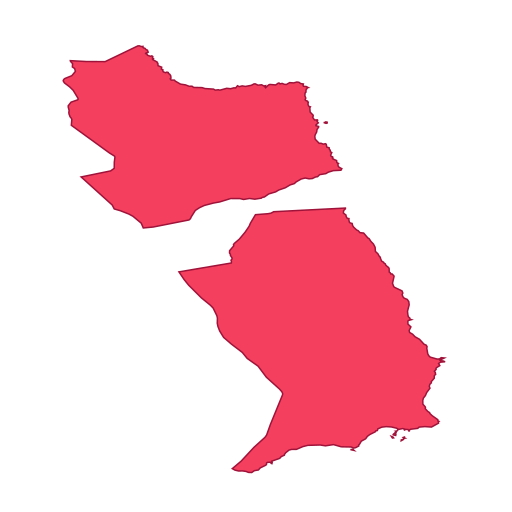 outline of Skagabyggð, Norðurland vestra, Iceland, rotated 177°
{"feature_id": "244011B21592329160761", "entity_name": "Skagabyggð", "entity_type": "district", "adm_level": 2, "iso_a3": "ISL", "parent_name": "Iceland", "parent_adm1": "Norðurland vestra", "projection": "natural_earth1", "projection_center": [-20.226, 65.901], "detail": "fine", "context": "isolated", "style": "filled", "palette": "rose", "viewbox_px": 512, "rotation_deg": 177, "n_neighbors": 0, "source": "geoboundaries", "source_scale": "gbopen_adm2", "svg_char_len": 6006}
<svg xmlns="http://www.w3.org/2000/svg" viewBox="0 0 512 512"><g transform="rotate(177 256 256)"><path d="M290.8,44.9L288.3,43.3L284.6,42.2L280.8,42.1L277.3,41.4L274.9,40.3L271.6,40.0L268.9,41.7L264.8,42.2L262.8,44.2L257.6,46.4L256.5,47.1L256.2,48.9L255.5,49.3L252.2,49.3L251.8,48.2L251.0,47.8L250.6,49.0L251.0,50.3L242.9,52.7L241.2,54.4L238.1,55.6L238.0,56.3L236.6,58.0L233.1,60.5L230.5,61.0L225.7,60.8L219.2,63.2L214.2,64.2L201.8,63.9L196.6,62.8L188.5,63.6L180.9,61.0L171.0,60.3L168.4,59.1L166.5,59.4L163.3,60.9L163.3,62.0L162.5,62.6L160.5,65.6L156.1,67.7L154.2,70.1L151.6,71.8L146.1,74.2L145.7,75.0L143.9,75.4L143.4,77.0L139.3,78.5L134.9,78.8L129.8,78.2L124.7,76.7L123.5,76.0L123.6,75.5L123.2,75.3L118.4,76.0L116.5,75.3L117.0,74.6L116.8,74.4L115.5,75.0L113.3,74.8L112.4,73.2L112.0,73.3L111.8,74.3L110.7,74.9L103.5,75.4L102.1,76.6L96.3,76.8L89.7,76.0L82.5,79.5L82.5,81.0L82.0,81.3L83.0,81.8L83.0,83.0L88.4,87.3L90.6,89.6L90.8,90.5L92.6,91.8L95.0,94.7L94.7,95.8L94.9,96.5L97.1,99.3L97.0,103.1L96.2,105.4L94.1,107.8L92.7,110.7L89.2,114.9L89.8,116.8L89.1,118.8L87.5,120.2L87.6,121.3L84.4,124.6L84.2,127.1L82.7,128.6L83.1,129.4L83.0,130.4L83.9,131.4L83.8,131.8L82.1,133.2L82.3,133.8L81.7,135.0L78.2,136.9L79.3,139.1L77.4,140.3L72.7,140.5L74.9,141.5L76.9,141.5L77.8,142.4L73.3,144.3L76.4,144.8L78.1,143.6L80.5,143.6L87.3,145.9L88.7,147.4L89.6,149.3L90.3,155.1L89.9,156.4L90.6,158.0L92.8,159.1L97.1,164.3L101.5,167.1L103.7,169.7L106.6,171.6L107.0,173.5L105.0,177.1L107.8,180.0L107.8,182.7L107.3,183.6L104.2,184.3L105.5,184.8L105.6,185.9L107.0,187.3L107.4,189.2L107.6,192.9L105.6,199.2L105.8,202.4L107.2,204.7L110.3,206.2L111.4,207.6L112.1,209.9L111.3,211.3L112.0,213.5L119.4,217.5L120.1,218.4L121.1,221.6L119.2,228.4L119.4,229.1L121.1,231.0L122.3,231.0L122.8,232.2L123.8,233.0L123.7,236.4L124.1,237.4L126.8,239.9L127.3,241.4L128.6,242.3L128.9,243.1L130.8,244.3L131.9,247.4L131.9,248.2L133.1,249.6L134.1,251.8L136.5,254.3L136.6,258.5L138.1,261.8L140.5,264.6L142.2,267.5L143.4,268.2L147.3,273.3L151.0,273.9L152.6,275.9L154.1,276.7L156.9,279.6L157.9,281.3L158.3,283.5L160.1,284.0L161.0,284.9L161.4,287.2L161.2,288.5L162.9,288.8L163.9,290.7L164.0,292.2L166.5,294.3L166.1,296.8L164.2,298.5L164.2,299.2L236.0,299.3L238.8,298.0L242.0,297.6L254.4,297.3L259.9,289.0L261.3,286.1L265.6,280.4L271.8,273.7L277.0,269.7L277.9,268.6L277.7,267.3L282.1,262.7L282.3,260.4L281.5,259.1L281.5,257.9L280.0,255.2L280.1,254.3L281.2,253.1L280.8,252.2L281.0,250.3L333.8,244.2L329.0,236.2L324.8,230.4L312.7,217.0L304.1,209.2L301.5,206.2L298.2,198.4L297.8,196.0L298.2,190.8L297.7,187.6L296.2,183.0L292.6,176.4L285.3,169.4L274.7,160.4L270.2,154.2L259.7,145.9L252.0,134.4L239.5,121.9L237.3,119.1L236.6,117.4L236.7,116.1L250.4,87.1L254.8,76.6L256.6,74.4L268.1,65.0L281.5,52.0L290.8,44.9ZM357.2,290.3L321.0,295.5L319.5,296.7L318.6,298.5L314.2,304.7L309.7,307.3L304.9,309.2L295.7,311.1L289.4,311.9L278.3,314.7L269.1,314.2L265.4,313.1L259.5,313.8L254.2,312.8L247.6,313.5L246.7,314.2L244.5,314.5L240.1,317.3L233.0,319.0L229.8,320.7L223.2,322.6L218.2,325.2L213.9,326.3L212.0,327.9L206.9,330.5L202.8,331.3L199.0,330.3L195.7,330.4L192.4,331.8L190.3,332.0L188.2,333.9L181.9,334.6L179.5,335.9L174.3,337.2L166.7,337.2L165.7,338.7L168.4,340.3L169.3,341.6L169.4,343.6L168.8,344.1L170.4,345.1L170.5,347.1L174.1,348.9L174.0,349.8L174.6,350.0L174.3,351.0L175.9,351.8L176.2,352.8L174.9,355.3L176.2,356.2L176.3,357.7L177.2,358.9L177.3,360.3L179.6,361.0L180.0,363.9L180.8,364.5L183.0,364.2L185.2,365.2L187.0,365.2L190.8,369.6L191.0,372.6L190.5,374.0L188.9,376.7L188.5,379.0L186.6,381.6L186.7,382.1L189.4,383.0L189.2,383.9L186.8,385.7L188.0,387.2L188.1,387.7L187.4,388.1L187.5,388.7L190.4,388.8L191.5,390.4L192.2,391.8L191.5,392.8L191.6,393.7L194.4,396.9L194.5,401.3L193.9,402.1L195.2,402.5L195.7,403.4L196.2,404.8L195.7,406.9L196.4,407.3L196.5,408.0L197.9,408.5L198.8,409.5L198.0,411.1L198.8,413.4L198.5,416.1L197.5,417.1L197.5,418.4L197.0,420.1L196.3,420.4L196.1,421.4L195.1,421.5L196.9,422.6L199.7,423.0L200.1,424.2L199.7,425.3L202.4,425.9L204.0,427.2L206.1,427.6L209.4,426.9L213.3,427.4L216.7,425.7L218.8,426.0L220.9,427.0L223.0,426.6L223.6,427.4L224.7,427.5L227.4,425.8L233.1,426.6L234.6,426.1L237.6,423.5L238.2,424.4L237.6,425.6L239.3,425.4L241.4,426.7L245.1,426.5L247.6,427.9L248.9,428.0L251.8,426.7L257.7,425.9L260.9,426.6L263.9,426.0L265.6,427.0L267.5,424.9L269.3,425.1L272.6,424.4L276.5,425.0L283.4,423.5L284.9,424.0L288.0,423.8L289.7,424.9L298.2,425.9L301.1,427.0L309.4,427.6L311.0,428.9L313.9,429.0L317.5,430.6L322.4,431.6L327.5,434.9L328.2,435.9L331.5,436.1L332.4,437.4L331.6,438.0L331.7,440.4L332.6,442.0L334.0,443.0L334.0,443.8L335.4,444.3L336.7,443.8L338.9,444.7L339.4,445.9L339.2,446.8L340.7,447.5L340.3,449.5L343.9,451.2L343.9,453.6L344.5,454.1L344.6,454.9L348.9,457.6L348.1,458.5L349.1,459.1L348.6,460.5L349.5,461.3L351.1,461.0L353.9,462.2L354.3,463.4L355.6,463.9L355.2,464.5L353.0,465.2L353.7,467.3L354.9,467.8L356.0,469.2L357.6,469.8L358.1,470.5L357.9,471.2L359.7,471.2L361.5,472.0L363.0,472.0L396.5,458.0L415.4,459.1L431.2,460.8L431.1,460.1L429.1,457.7L429.5,454.4L427.3,452.7L426.7,449.8L430.5,445.7L437.5,443.3L438.4,442.7L439.3,441.5L439.3,440.8L438.3,438.9L433.3,434.7L429.9,431.0L425.5,422.8L425.4,421.9L425.9,421.3L432.7,419.3L435.7,415.8L435.7,414.3L435.0,411.0L435.4,409.3L435.3,407.6L434.4,404.8L433.1,403.0L432.8,401.9L433.6,396.2L396.9,366.5L392.0,363.1L391.7,362.1L392.6,357.2L393.0,351.0L396.7,348.6L426.5,344.1L396.9,314.4L395.1,310.4L389.3,308.4L380.7,304.5L376.8,302.1L368.9,294.8L367.1,289.9L357.2,290.3ZM125.6,72.9L128.4,70.6L128.4,70.2L125.9,69.5L125.6,70.7L125.9,71.4L125.3,72.5L125.6,72.9ZM179.3,386.3L179.7,385.9L181.4,385.7L179.1,384.8L178.0,385.0L177.9,385.9L179.3,386.3ZM169.4,57.9L171.8,57.7L168.2,56.7L169.4,57.9ZM117.7,65.4L120.6,64.7L120.7,63.9L117.7,65.4ZM130.2,68.7L129.3,67.1L128.1,67.2L128.5,67.9L130.2,68.7ZM117.3,67.4L118.5,67.1L118.0,66.7L118.2,66.1L116.7,66.3L117.4,66.7L117.3,67.4ZM124.3,74.0L124.9,73.9L125.6,73.8L124.9,73.4L124.3,74.0Z" fill="#f43f5e" stroke="#9f1239" stroke-width="1.5"/></g></svg>